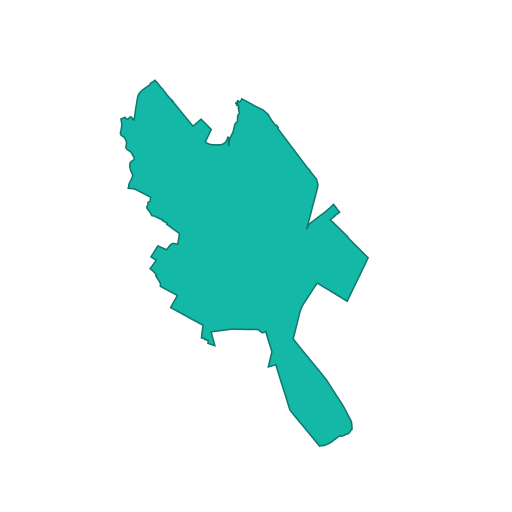 the district of Ploiesti, Prahova, Romania, rotated 247°
{"feature_id": "2599482B50570705182047", "entity_name": "Ploiesti", "entity_type": "district", "adm_level": 2, "iso_a3": "ROU", "parent_name": "Romania", "parent_adm1": "Prahova", "projection": "equal_earth", "projection_center": [26.026, 44.932], "detail": "fine", "context": "isolated", "style": "filled", "palette": "teal", "viewbox_px": 512, "rotation_deg": 247, "n_neighbors": 0, "source": "geoboundaries", "source_scale": "gbopen_adm2", "svg_char_len": 5924}
<svg xmlns="http://www.w3.org/2000/svg" viewBox="0 0 512 512"><g transform="rotate(247 256 256)"><path d="M210.5,358.5L237.7,347.5L237.9,348.0L260.5,338.5L260.9,340.2L261.1,340.8L261.0,341.1L262.1,344.5L262.3,344.5L263.7,350.2L266.7,349.1L268.3,348.8L269.0,348.7L272.6,347.7L273.3,347.5L271.5,343.1L270.6,340.0L270.4,339.6L270.2,338.8L269.9,338.1L269.7,337.5L268.9,334.5L267.5,328.6L266.9,326.4L264.8,317.9L264.5,317.2L264.2,316.8L262.5,314.9L261.1,313.0L260.9,312.7L261.2,313.1L262.4,314.1L264.1,315.5L265.5,316.6L269.4,319.7L271.8,321.6L272.3,322.0L278.0,326.3L289.9,335.6L295.6,339.9L297.8,341.0L300.1,341.3L301.6,341.3L302.5,341.8L303.3,341.7L304.5,341.2L308.4,340.3L308.8,340.1L310.9,339.5L312.1,339.2L313.2,339.1L314.4,338.8L315.1,338.6L316.5,338.0L317.9,337.6L364.8,325.9L365.6,326.7L368.3,326.0L368.1,325.2L371.4,324.3L374.4,323.5L379.1,322.7L381.3,322.3L381.4,322.6L387.4,319.7L389.7,317.8L390.4,317.2L390.8,316.7L391.1,316.5L395.7,312.7L396.7,312.0L403.7,306.4L406.3,304.3L405.7,303.8L405.0,302.9L404.4,301.9L404.2,301.2L404.2,300.9L404.4,300.6L404.7,300.5L405.2,300.5L405.9,300.3L406.1,300.1L406.1,299.7L405.7,299.3L404.8,298.7L404.7,298.0L404.9,297.7L404.4,297.0L404.2,296.9L404.0,297.0L404.3,297.5L404.1,297.9L404.0,298.3L403.6,298.5L403.4,298.7L403.1,298.6L402.9,298.4L402.4,298.0L402.4,297.4L402.1,297.4L402.1,297.5L402.2,298.1L402.3,298.5L402.0,298.6L401.4,298.6L401.4,298.3L401.2,298.6L400.3,298.3L400.0,298.4L399.9,298.5L399.6,298.5L399.5,298.2L399.5,297.9L399.2,297.5L399.1,297.4L398.5,297.4L398.2,297.3L397.9,297.4L397.6,297.3L397.3,297.2L396.7,297.0L396.6,296.8L395.8,296.9L394.8,296.9L394.5,296.8L394.0,296.4L393.4,295.4L392.7,294.7L392.3,294.4L392.2,293.9L391.9,293.7L391.5,293.4L390.2,293.0L389.8,292.9L389.1,292.3L388.9,292.2L387.8,291.9L387.5,291.7L387.1,291.2L386.9,290.7L386.5,290.3L386.4,290.0L386.3,289.6L386.4,289.3L386.1,288.6L384.0,286.9L383.5,286.7L383.2,286.3L379.1,283.3L378.5,282.6L375.6,279.1L374.7,278.1L374.1,277.7L372.3,276.3L370.5,275.4L368.4,274.5L368.4,274.1L368.5,273.9L370.7,274.9L376.1,277.0L376.4,276.4L375.7,275.9L374.7,275.1L373.9,274.2L373.1,273.1L372.6,272.2L372.3,271.2L372.1,270.2L372.0,269.4L372.1,267.6L372.2,267.1L372.4,266.4L372.9,265.1L374.3,261.8L375.2,259.9L375.8,258.7L376.6,257.5L377.4,256.6L377.9,256.0L379.4,254.7L380.8,253.9L390.0,264.3L396.2,261.8L403.4,258.9L400.1,248.8L400.1,248.7L400.3,248.5L401.2,248.4L404.8,247.3L408.7,246.2L415.1,244.3L430.1,240.0L431.2,239.3L431.2,239.9L433.0,239.3L434.9,238.3L435.8,238.0L436.1,238.0L438.6,237.1L440.1,236.7L440.2,236.8L446.6,235.1L448.0,234.5L454.6,232.7L455.2,232.4L456.2,232.0L457.2,231.8L457.0,230.8L456.6,228.4L456.6,228.2L456.4,227.2L456.4,226.8L456.2,226.2L455.9,225.9L455.7,225.9L455.4,225.6L455.2,225.5L453.3,217.0L452.5,214.4L451.9,213.1L450.9,211.5L450.0,210.4L449.1,209.6L448.2,208.9L439.2,203.2L432.6,199.2L430.7,198.1L428.9,196.8L429.9,196.1L430.2,196.5L430.3,196.5L433.2,195.1L432.9,193.8L432.2,192.0L432.1,191.7L432.2,191.3L432.3,190.8L432.8,190.3L432.8,190.2L434.5,189.6L434.9,189.6L434.9,185.2L432.5,184.7L430.7,184.2L428.7,183.5L424.3,180.8L423.6,180.2L422.3,179.2L421.6,179.1L420.6,178.9L419.8,179.1L419.5,179.2L417.7,180.5L416.7,181.0L414.2,181.5L413.6,181.5L412.3,181.4L411.1,181.2L410.5,180.9L408.7,179.9L407.2,178.8L406.8,178.6L406.0,178.5L405.1,178.7L404.4,179.0L403.2,179.7L402.5,180.3L400.9,181.2L400.3,181.5L399.3,181.7L398.5,181.7L396.3,182.0L394.7,182.0L394.1,182.2L393.5,182.1L393.0,181.9L392.4,181.2L392.2,180.7L392.1,180.0L392.0,179.2L391.5,177.5L391.0,176.7L390.2,176.0L388.7,175.1L387.3,174.6L384.9,174.2L383.9,174.1L382.9,174.0L381.5,174.0L380.2,174.2L378.9,174.0L378.2,173.9L377.3,173.2L376.1,172.1L373.2,168.6L372.2,167.5L371.2,166.7L369.4,165.9L369.0,165.6L368.8,165.1L368.2,164.8L366.3,168.5L365.9,169.2L365.1,170.2L363.9,171.5L363.0,172.2L351.3,182.0L349.7,181.0L347.8,179.8L347.6,179.3L347.7,177.7L347.4,177.4L346.3,177.0L345.8,176.6L345.1,176.1L343.8,174.6L343.1,174.4L342.4,174.3L341.4,174.5L339.2,175.2L337.8,175.5L336.1,175.7L334.1,175.8L333.8,175.9L333.2,176.7L333.0,177.1L333.0,177.4L332.8,177.7L330.3,179.9L328.2,181.7L325.3,184.3L324.9,183.9L320.7,187.1L320.3,186.6L320.0,186.2L318.5,187.2L315.0,189.2L306.6,194.3L300.9,190.8L297.7,188.8L297.6,188.7L299.0,186.0L299.4,185.8L299.8,185.0L300.0,184.3L300.0,183.0L299.6,181.3L296.7,176.1L298.7,174.3L303.7,169.6L296.2,158.9L292.1,161.8L291.0,162.3L290.0,160.8L285.7,153.5L282.8,155.1L281.2,155.7L277.3,157.1L277.0,156.0L268.4,157.3L265.4,156.1L250.4,168.2L241.9,157.2L233.5,163.9L223.0,172.1L218.3,176.0L216.9,177.0L212.9,180.2L207.0,176.6L201.9,173.8L200.3,176.2L200.1,176.4L199.4,176.0L196.8,179.0L194.4,177.6L190.9,181.5L189.5,183.1L203.7,185.0L198.8,202.8L197.8,205.9L196.3,209.2L190.4,222.4L190.6,222.4L187.4,229.4L187.0,229.3L182.9,231.7L182.7,232.8L182.5,235.6L179.7,235.2L179.8,235.1L161.6,233.2L149.1,224.0L148.1,231.8L146.8,231.7L146.6,231.6L132.6,230.1L112.2,228.2L102.9,227.2L101.9,227.1L100.9,227.1L100.5,227.2L99.2,227.5L93.3,229.2L87.2,231.0L81.5,232.7L56.0,240.3L56.1,240.7L56.0,242.0L55.3,243.3L55.1,244.2L54.8,245.1L54.8,245.4L54.8,246.2L54.9,247.2L54.9,248.9L54.9,249.4L55.0,250.3L55.1,250.9L55.2,251.9L55.5,253.8L56.1,255.8L56.4,257.5L56.6,258.1L56.8,258.7L57.1,259.8L57.5,260.9L57.6,261.8L57.5,262.6L57.4,263.2L57.2,263.7L57.1,263.9L56.8,264.0L56.7,264.2L56.7,264.4L56.4,266.8L56.6,269.3L56.4,271.3L56.5,271.7L56.8,272.6L57.1,273.2L57.7,274.2L59.0,276.3L58.8,276.3L58.9,276.7L64.0,278.6L65.4,278.6L65.6,278.8L65.8,279.1L68.4,279.0L73.2,278.6L81.4,277.9L85.2,277.5L89.4,276.8L92.4,276.2L93.0,276.2L94.4,275.8L113.7,272.6L125.8,269.3L130.3,267.9L151.1,261.8L162.7,258.5L165.3,257.9L169.2,261.0L179.8,268.9L187.3,274.6L190.2,277.3L190.8,277.9L192.1,279.4L192.6,280.0L194.1,282.2L201.4,293.1L203.5,296.1L207.1,301.8L198.8,307.8L196.2,309.8L194.4,311.0L192.7,312.2L188.0,315.6L178.7,322.2L187.8,332.6L192.2,337.6L198.1,344.4L210.5,358.5Z" fill="#14b8a6" stroke="#0f766e" stroke-width="1.5"/></g></svg>